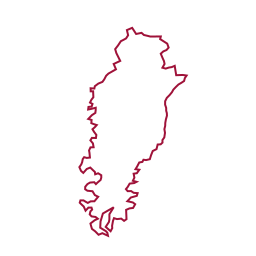 Salgado Filho, Paraná, Brazil (Natural Earth projection), rotated 245°
{"feature_id": "56859067B54894241849206", "entity_name": "Salgado Filho", "entity_type": "district", "adm_level": 2, "iso_a3": "BRA", "parent_name": "Brazil", "parent_adm1": "Paraná", "projection": "natural_earth1", "projection_center": [-53.439, -26.139], "detail": "fine", "context": "isolated", "style": "outline", "palette": "rose", "viewbox_px": 256, "rotation_deg": 245, "n_neighbors": 0, "source": "geoboundaries", "source_scale": "gbopen_adm2", "svg_char_len": 2458}
<svg xmlns="http://www.w3.org/2000/svg" viewBox="0 0 256 256"><g transform="rotate(245 128 128)"><path d="M99.4,150.7L100.2,153.1L102.5,154.1L104.1,156.9L108.0,159.5L111.6,160.5L114.2,162.6L116.8,163.9L119.8,166.0L122.7,168.5L125.1,169.5L127.5,169.9L130.1,171.1L133.5,171.5L136.6,173.0L138.9,175.9L140.3,179.7L141.9,183.0L143.6,185.3L144.9,188.6L146.1,192.1L146.4,195.4L146.9,198.7L149.2,200.6L150.8,203.3L152.9,200.1L155.5,194.0L164.6,196.6L164.7,193.4L165.5,190.6L165.9,187.3L168.1,184.7L170.6,188.2L173.5,188.9L176.3,188.9L181.5,189.1L182.5,192.4L182.4,195.8L183.7,198.8L187.9,199.2L195.0,194.7L197.1,196.4L201.5,186.8L203.0,185.0L205.6,181.7L208.5,180.5L209.8,175.1L217.0,174.1L217.2,168.4L212.0,167.3L210.0,164.1L209.8,161.0L209.7,158.2L207.0,153.8L204.9,149.7L200.8,149.1L192.1,149.3L192.1,142.1L186.3,141.9L185.6,133.3L184.6,130.3L182.1,127.0L180.6,124.3L180.8,119.9L179.9,115.6L178.0,114.2L179.8,110.9L177.0,109.7L176.0,111.9L170.5,109.6L169.1,106.8L167.1,104.3L164.8,106.0L162.8,104.1L163.8,101.1L161.6,99.7L160.8,103.0L160.0,107.3L157.9,106.3L155.5,104.8L154.9,100.7L153.0,95.8L150.7,98.4L147.9,96.8L146.1,98.5L143.9,100.9L142.8,98.4L141.9,95.3L138.9,95.6L135.1,96.4L132.5,94.7L134.3,91.1L132.7,88.7L128.9,89.7L125.1,88.7L126.3,85.8L124.1,83.2L121.8,82.6L117.3,81.0L118.3,78.0L120.1,75.9L118.9,73.8L116.4,72.0L114.7,70.2L113.1,67.4L109.0,67.3L106.2,68.5L108.3,73.3L108.1,77.1L104.4,78.5L102.2,79.4L99.9,78.7L99.6,81.8L96.5,83.8L94.3,82.8L92.5,81.2L91.5,77.5L90.7,75.2L93.1,74.5L94.6,70.5L94.3,67.5L92.8,64.4L90.6,63.3L88.3,64.7L85.7,69.1L81.2,69.6L78.3,71.9L75.8,66.6L77.3,63.2L77.1,59.9L79.0,58.5L81.2,57.1L82.5,54.3L80.7,52.7L78.5,53.5L75.5,54.7L71.0,54.6L72.6,58.5L71.3,61.3L69.2,61.0L68.3,58.7L65.9,56.8L63.3,57.6L61.1,61.0L58.5,62.3L58.5,58.9L57.3,53.6L55.2,53.2L51.8,52.7L48.2,54.6L43.7,56.2L43.5,60.3L38.8,64.3L41.8,65.0L43.8,64.4L49.4,60.7L54.9,63.6L61.1,69.1L61.6,74.4L62.2,81.5L57.7,74.7L53.0,72.5L50.9,71.0L47.8,66.0L41.8,68.6L43.9,71.4L46.0,72.2L50.1,75.1L52.2,77.2L50.1,79.5L48.7,83.6L45.5,85.2L46.0,88.1L54.6,91.7L54.5,95.4L53.4,98.8L55.9,102.3L58.5,100.9L61.9,96.5L63.8,101.2L62.8,107.3L64.9,109.2L66.9,105.7L69.5,104.2L70.9,101.0L73.5,100.3L74.7,102.8L76.9,106.0L75.5,110.3L75.6,113.0L78.1,110.1L80.3,112.8L84.2,113.8L83.3,116.9L85.4,120.6L87.5,117.4L89.3,120.1L92.0,123.6L91.2,126.7L92.7,128.6L91.3,130.8L90.5,134.6L93.6,137.4L96.7,140.7L96.8,144.9L100.5,147.9L99.4,150.7Z" fill="none" stroke="#9f1239" stroke-width="2"/></g></svg>